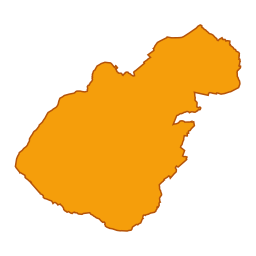 outline of Prigoria, Gorj, Romania
{"feature_id": "2599482B96975786265772", "entity_name": "Prigoria", "entity_type": "district", "adm_level": 2, "iso_a3": "ROU", "parent_name": "Romania", "parent_adm1": "Gorj", "projection": "albers", "projection_center": [23.699, 45.065], "detail": "fine", "context": "isolated", "style": "filled", "palette": "amber", "viewbox_px": 256, "rotation_deg": 0, "n_neighbors": 0, "source": "geoboundaries", "source_scale": "gbopen_adm2", "svg_char_len": 5707}
<svg xmlns="http://www.w3.org/2000/svg" viewBox="0 0 256 256"><path d="M131.0,230.2L131.8,229.3L132.4,227.3L132.8,226.8L136.1,224.6L136.7,224.4L137.8,224.8L138.0,224.5L139.0,223.7L140.7,222.9L141.4,221.4L142.0,219.6L142.4,219.0L143.0,218.6L142.7,218.4L142.7,217.8L143.1,216.0L143.1,215.8L143.5,215.2L145.0,215.1L145.3,215.4L146.0,214.8L148.4,214.2L150.5,213.1L154.4,212.3L155.8,211.2L155.9,210.4L156.6,209.5L157.1,208.4L157.0,207.7L157.3,206.8L158.1,207.3L159.0,205.7L159.2,205.1L159.0,203.9L159.2,202.9L159.5,202.5L160.3,202.1L159.7,201.1L159.8,200.1L159.5,198.9L159.7,197.7L161.6,194.9L161.4,193.5L160.7,191.8L160.6,190.8L160.0,189.9L159.7,189.2L159.5,188.2L159.6,187.1L159.4,186.1L159.3,184.7L162.0,182.1L163.2,181.2L163.7,180.2L164.3,180.0L164.0,179.4L164.1,179.2L167.5,177.1L168.7,175.9L169.5,176.2L169.5,176.5L170.0,176.7L170.0,177.3L170.3,178.2L174.5,173.4L175.9,172.2L176.1,171.8L176.3,171.2L176.4,169.6L176.3,169.3L175.6,168.5L175.4,167.8L176.1,166.5L176.5,166.1L177.3,166.7L178.2,167.0L186.5,159.7L186.7,159.3L186.3,159.0L186.2,158.7L187.0,157.1L185.8,156.6L183.6,156.6L183.2,156.2L182.6,155.9L184.6,150.5L180.5,147.3L181.0,145.8L182.0,144.6L182.8,141.7L183.7,139.8L183.7,138.5L184.3,135.6L186.2,135.9L187.3,135.9L187.4,135.4L187.1,133.3L188.6,133.2L188.4,131.3L189.0,130.8L190.1,130.5L191.4,128.6L194.4,125.7L193.7,121.8L192.0,122.1L191.9,121.3L190.0,122.0L184.8,122.1L184.0,121.4L183.6,121.2L182.1,120.8L180.3,121.0L180.0,121.1L178.9,122.5L178.5,122.6L178.0,123.2L175.9,123.9L174.1,124.0L173.2,124.4L176.7,115.6L177.0,115.4L177.9,115.2L180.1,113.8L181.0,113.6L181.3,113.7L182.8,113.2L183.7,112.5L185.5,112.1L186.7,111.5L187.4,111.5L188.6,111.8L189.0,112.1L189.4,112.7L191.2,111.8L193.3,111.9L193.9,112.2L194.9,112.2L195.6,112.0L196.9,111.0L197.5,110.9L197.6,110.4L198.0,110.1L198.9,109.7L199.8,109.7L200.1,109.6L200.8,108.0L200.2,107.2L199.4,107.1L198.5,107.8L196.8,106.8L197.1,102.9L196.8,102.1L196.2,101.6L195.0,100.1L195.2,97.7L194.8,96.0L194.7,93.6L194.4,92.3L208.2,95.3L208.6,93.6L209.3,92.7L209.7,92.6L211.2,92.8L212.9,93.3L216.5,93.9L216.6,93.0L217.7,93.0L221.0,94.1L224.7,93.5L229.2,92.0L230.7,91.7L238.6,87.6L239.8,84.3L239.9,83.3L239.5,80.9L238.7,79.7L238.0,77.5L237.3,76.5L237.2,73.3L237.0,72.4L237.3,71.8L237.2,71.3L237.6,70.4L238.3,70.1L239.2,69.0L240.1,68.2L240.4,67.7L240.6,66.6L240.5,66.1L239.6,66.4L238.9,65.9L239.6,64.1L239.6,63.1L239.8,62.6L239.9,61.7L240.2,61.4L239.9,60.8L240.0,59.9L239.7,59.1L239.1,59.1L239.3,58.8L239.0,58.4L238.9,57.2L239.2,56.2L239.0,55.8L239.3,55.4L239.2,54.9L239.4,53.5L238.6,52.3L236.3,51.2L235.9,50.7L235.8,50.0L235.2,49.4L234.5,49.2L233.7,48.7L233.6,48.2L233.0,47.4L230.0,45.1L230.3,44.5L229.5,43.9L229.9,41.9L229.7,41.8L229.8,41.1L227.4,40.7L225.9,41.0L225.7,40.3L224.9,39.4L223.8,39.6L222.6,39.4L222.8,38.9L222.0,37.7L219.4,39.2L218.1,40.6L217.1,40.0L216.7,38.6L215.1,37.4L213.1,35.2L211.5,34.2L209.7,33.7L208.6,33.0L208.3,32.5L207.1,31.4L206.5,31.1L206.1,30.4L205.3,29.8L204.2,29.4L203.6,28.4L202.7,27.8L201.9,27.5L201.9,26.0L201.7,25.6L201.0,25.5L200.7,25.0L200.1,25.0L198.0,26.2L196.3,28.1L189.4,32.9L183.8,36.5L181.8,37.4L179.0,37.7L173.5,37.8L171.6,37.8L167.1,37.0L166.9,37.6L160.1,41.0L157.4,42.5L154.9,46.0L154.3,47.6L153.3,48.5L153.7,48.8L153.9,50.5L147.9,54.8L150.5,57.4L147.9,59.1L147.0,60.0L144.1,62.0L143.8,62.3L144.4,63.3L135.8,70.5L134.4,71.4L133.7,72.2L133.9,72.6L134.5,75.7L133.3,76.0L133.0,75.9L131.1,74.8L130.3,73.9L128.6,73.2L128.1,72.3L127.9,72.2L126.3,72.1L125.2,72.6L125.2,73.1L124.9,73.4L123.5,74.5L123.0,75.4L122.5,75.1L122.1,74.2L121.1,73.2L119.0,73.2L118.3,73.0L118.1,72.5L116.7,71.4L116.7,70.7L115.5,68.8L116.3,68.0L116.8,68.5L117.5,67.8L116.2,66.1L115.7,65.7L114.7,67.2L114.4,67.3L111.3,63.5L110.4,62.9L104.9,62.3L101.1,63.6L99.8,64.5L97.1,66.0L95.4,69.0L95.1,69.8L93.7,70.9L93.4,71.3L93.0,72.9L92.6,73.5L92.7,73.9L92.3,74.8L92.4,75.0L92.5,76.1L92.2,76.3L92.1,77.1L92.5,77.4L92.5,77.8L92.1,78.7L92.3,79.0L92.5,79.7L92.2,80.5L91.4,81.7L90.9,82.0L90.8,82.4L90.3,82.7L90.0,83.7L89.4,84.2L89.3,85.0L88.7,85.3L88.1,85.4L87.3,86.7L87.5,87.3L87.5,87.9L87.7,88.6L87.6,89.1L87.3,89.5L87.5,90.5L87.1,91.4L86.6,91.4L84.9,91.9L82.4,91.6L80.2,91.1L76.9,91.1L75.8,91.6L74.9,92.6L73.9,93.2L69.3,94.1L64.3,95.5L62.6,96.8L60.0,98.2L59.5,99.2L59.3,100.1L58.9,100.9L58.1,104.3L57.4,105.7L56.7,106.7L56.0,107.4L53.2,109.1L52.1,110.1L48.1,112.5L47.1,114.1L45.0,118.1L43.5,120.2L42.4,122.1L39.2,125.1L39.0,126.2L36.7,129.3L35.6,130.4L34.3,131.2L33.5,132.1L32.4,134.3L31.1,136.1L29.5,138.8L29.4,141.1L28.0,143.5L27.4,145.2L26.1,146.7L23.7,148.5L22.3,150.3L19.3,152.6L18.9,154.1L17.7,156.1L16.6,158.9L15.4,166.5L15.9,167.2L16.0,167.6L19.8,172.4L19.8,172.8L20.5,172.7L24.9,175.3L25.1,176.8L25.3,177.0L25.1,177.3L25.2,177.6L26.6,178.8L27.4,179.3L30.0,181.7L30.4,181.4L31.3,182.4L30.9,182.8L38.5,191.5L39.2,192.3L39.7,192.5L40.0,193.0L40.0,193.3L40.3,193.8L42.0,194.5L43.2,195.6L43.3,196.4L43.3,197.4L44.7,198.5L46.2,198.8L49.7,200.3L51.3,200.8L52.0,201.4L53.0,203.5L53.9,202.6L55.0,202.5L55.5,202.6L56.3,203.2L57.6,204.4L57.8,204.9L60.3,204.1L60.6,204.7L62.1,206.0L63.4,207.8L63.8,209.7L64.6,210.2L64.7,210.6L65.4,211.1L66.0,211.2L66.4,211.7L67.1,212.2L68.5,211.6L71.0,213.2L71.6,213.2L72.1,213.5L73.4,212.4L74.3,212.4L74.7,212.2L75.0,212.7L77.2,212.9L77.8,213.6L78.6,214.0L81.8,214.3L82.3,214.2L83.3,213.5L89.7,212.7L90.8,214.2L92.8,215.2L93.9,216.2L95.1,216.8L96.3,217.8L99.3,218.9L101.5,221.4L101.9,221.4L102.1,221.8L102.7,222.3L103.1,222.4L103.7,222.0L104.2,222.0L105.1,223.2L105.1,223.5L104.9,224.0L104.8,224.5L105.3,225.3L105.4,226.1L106.8,227.1L108.1,227.7L108.8,227.8L109.3,228.3L112.4,228.8L117.1,230.4L120.2,230.8L121.7,230.7L126.7,231.0L127.3,231.0L128.7,230.5L131.0,230.2Z" fill="#f59e0b" stroke="#b45309" stroke-width="1.5"/></svg>